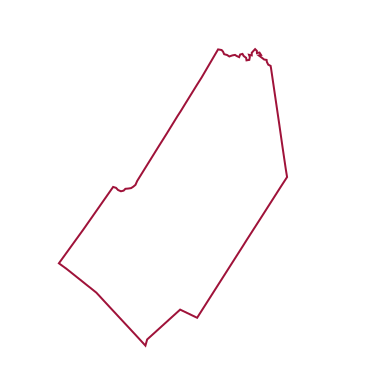 outline of São Luís Gonzaga do Maranhão, Maranhão, Brazil, rotated 123°
{"feature_id": "56859067B14261952678271", "entity_name": "São Luís Gonzaga do Maranhão", "entity_type": "district", "adm_level": 2, "iso_a3": "BRA", "parent_name": "Brazil", "parent_adm1": "Maranhão", "projection": "robinson", "projection_center": [-44.715, -4.38], "detail": "fine", "context": "isolated", "style": "outline", "palette": "rose", "viewbox_px": 384, "rotation_deg": 123, "n_neighbors": 0, "source": "geoboundaries", "source_scale": "gbopen_adm2", "svg_char_len": 1041}
<svg xmlns="http://www.w3.org/2000/svg" viewBox="0 0 384 384"><g transform="rotate(123 192 192)"><path d="M294.7,119.2L233.6,119.7L209.0,119.9L202.5,120.0L182.6,120.1L180.2,120.1L138.7,120.4L136.4,120.4L127.7,120.4L121.4,126.1L104.5,141.0L87.9,155.5L45.3,193.0L43.4,194.8L43.7,197.4L42.1,200.1L40.6,201.4L41.6,203.6L41.3,207.0L41.1,210.4L39.5,208.7L38.3,211.4L40.1,213.2L38.3,214.5L37.8,216.9L40.7,217.4L42.7,217.7L44.9,216.3L45.9,218.9L47.3,217.0L50.0,215.9L51.9,218.0L50.0,219.7L49.8,222.7L48.7,224.9L50.5,226.5L53.2,225.9L53.6,228.5L53.6,230.6L55.4,232.5L58.0,234.5L58.0,237.2L58.9,240.1L57.4,242.4L56.8,244.5L58.2,247.8L90.8,246.3L99.5,246.2L122.7,245.7L130.1,245.5L136.2,245.5L157.0,245.0L171.6,244.8L212.5,244.0L216.8,243.3L219.4,244.1L221.9,245.2L223.7,247.2L225.6,249.6L228.1,250.1L230.1,252.0L230.6,255.1L229.9,258.0L230.7,260.9L282.5,262.7L324.3,264.8L324.8,255.4L327.2,230.8L328.5,217.4L331.2,206.8L333.3,198.5L343.4,158.3L346.2,147.4L340.1,149.3L297.1,137.9L294.7,119.2Z" fill="none" stroke="#9f1239" stroke-width="2"/></g></svg>